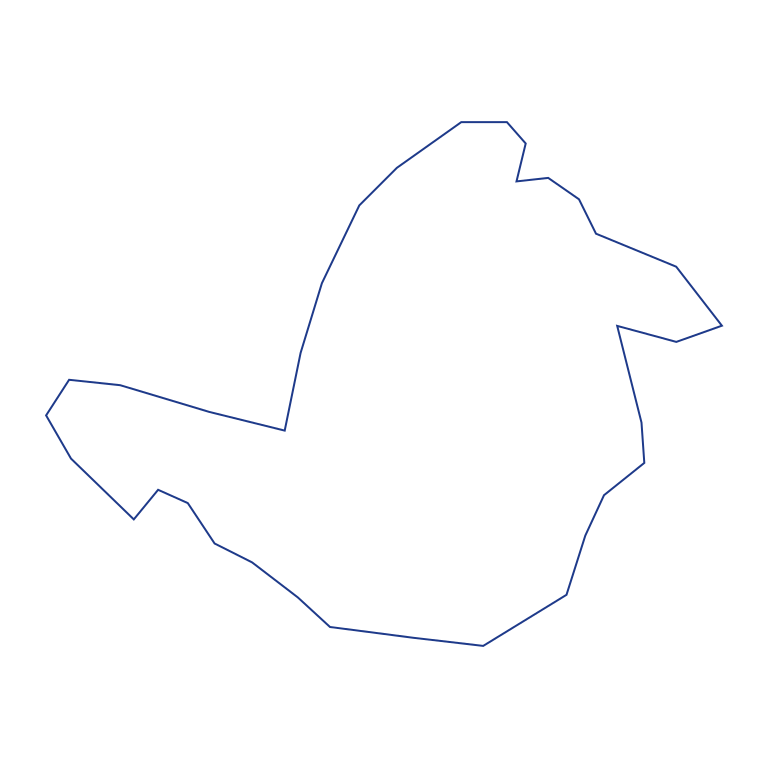 an SVG outline of Campbell Islands
{"feature_id": "NZL-5478", "entity_name": "Campbell Islands", "entity_type": "state/province", "adm_level": 1, "iso_a3": "NZL", "parent_name": "New Zealand", "parent_adm1": "", "projection": "mercator", "projection_center": [169.165, -52.535], "detail": "fine", "context": "isolated", "style": "outline", "palette": "blue", "viewbox_px": 768, "rotation_deg": 0, "n_neighbors": 0, "source": "natural_earth", "source_scale": "10m", "svg_char_len": 556}
<svg xmlns="http://www.w3.org/2000/svg" viewBox="0 0 768 768"><path d="M617.2,325.9L641.5,422.6L644.3,462.9L604.0,495.2L585.3,535.6L566.5,594.8L483.2,645.9L413.4,637.8L330.0,627.0L297.8,597.4L252.1,562.4L214.6,543.5L187.8,503.1L158.1,489.8L133.8,519.4L71.0,458.6L46.1,415.4L69.1,379.8L120.2,385.2L209.2,411.9L284.7,430.6L300.6,352.9L321.9,283.2L359.3,205.4L396.9,167.8L461.3,122.1L506.9,122.1L525.7,143.5L516.5,181.4L548.2,177.9L579.0,199.3L596.0,233.7L676.2,266.7L721.9,325.7L676.3,341.9L617.2,325.9Z" fill="none" stroke="#1e3a8a" stroke-width="2"/></svg>